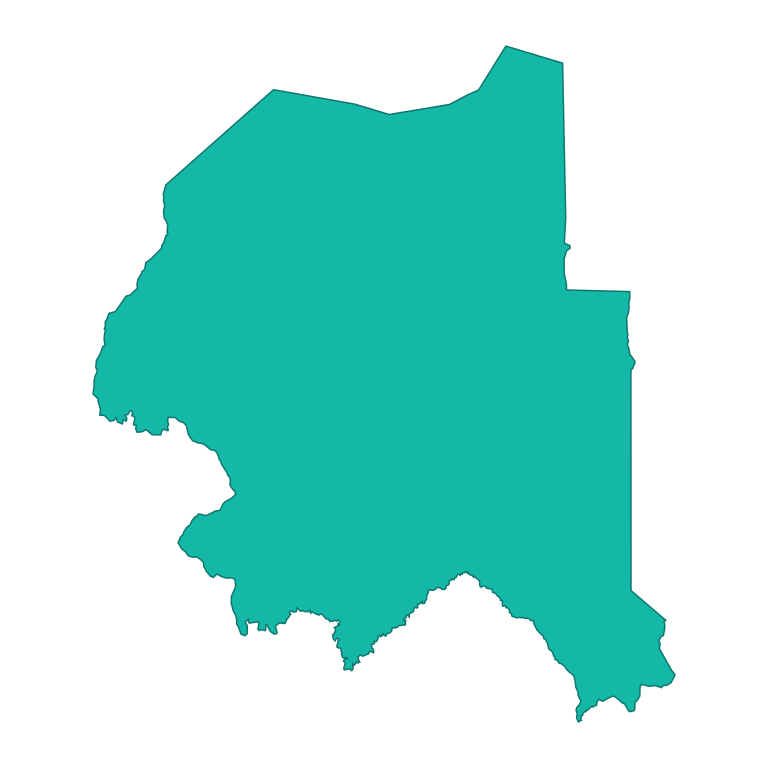 Goudiry, Tambacounda, Senegal
{"feature_id": "50182788B18390590381778", "entity_name": "Goudiry", "entity_type": "district", "adm_level": 2, "iso_a3": "SEN", "parent_name": "Senegal", "parent_adm1": "Tambacounda", "projection": "natural_earth1", "projection_center": [-12.97, 13.973], "detail": "fine", "context": "isolated", "style": "filled", "palette": "teal", "viewbox_px": 768, "rotation_deg": 0, "n_neighbors": 0, "source": "geoboundaries", "source_scale": "gbopen_adm2", "svg_char_len": 6116}
<svg xmlns="http://www.w3.org/2000/svg" viewBox="0 0 768 768"><path d="M505.9,46.1L478.5,90.1L468.6,94.4L449.3,104.5L389.1,114.5L354.9,104.2L273.5,89.7L166.0,184.8L163.3,193.9L163.8,197.2L163.5,201.2L164.7,204.8L163.5,212.2L164.3,218.2L166.7,222.0L167.7,225.2L167.1,232.1L167.9,233.9L166.1,235.5L163.6,242.9L161.9,245.2L161.4,248.4L150.7,259.2L145.8,262.6L144.8,269.1L141.9,271.7L141.4,273.7L137.8,279.6L137.0,284.9L137.5,288.2L130.2,294.9L126.1,296.2L115.5,311.5L108.9,313.4L106.7,319.8L105.2,321.6L105.4,325.6L104.3,329.3L105.6,330.1L104.5,333.9L104.1,339.6L105.1,345.3L104.6,346.0L103.0,346.2L100.1,354.0L96.4,360.5L95.8,367.5L97.4,371.1L95.3,375.8L94.1,380.6L94.1,386.6L93.0,394.0L98.1,398.8L98.0,400.5L100.5,409.9L99.7,415.1L104.5,415.5L110.0,421.2L113.9,420.4L115.9,417.8L117.8,422.1L122.4,423.9L123.2,419.5L126.0,421.1L126.6,420.2L126.8,418.2L125.1,415.3L127.8,414.5L130.2,410.8L131.3,410.7L132.7,412.2L131.8,415.7L133.4,416.2L134.9,417.8L133.5,424.7L136.5,425.6L135.6,428.7L137.1,432.2L141.5,431.9L146.2,429.7L152.1,434.7L160.7,434.9L162.0,430.5L163.6,429.2L167.7,430.7L168.3,430.3L167.4,427.0L168.6,424.3L167.6,421.5L168.2,417.3L175.2,417.5L178.1,420.2L181.0,421.9L183.1,422.2L186.3,425.5L188.2,433.8L189.9,437.1L192.6,440.6L198.4,443.1L200.2,443.0L204.7,444.7L210.7,449.8L214.3,450.3L216.2,451.7L218.3,455.7L219.1,459.2L220.8,461.4L221.4,463.9L227.4,473.6L227.6,475.0L229.9,477.6L230.4,481.6L229.8,484.6L231.5,487.7L235.2,492.0L235.6,494.3L231.8,498.1L224.8,501.9L223.0,504.1L219.9,510.3L215.3,511.1L206.3,515.6L199.6,514.1L197.7,514.4L196.9,516.6L195.2,516.7L191.9,520.7L190.0,525.0L186.5,527.6L183.8,532.0L182.7,535.3L181.7,535.6L180.4,537.3L178.1,542.8L181.8,549.0L185.6,552.0L188.3,555.8L192.2,557.1L197.1,557.0L201.8,560.5L203.6,562.9L203.7,566.1L206.4,571.3L210.0,575.7L212.1,577.1L213.7,577.2L216.9,574.0L222.2,576.9L226.9,578.1L231.9,577.8L235.1,579.5L235.6,586.9L231.5,596.1L231.2,603.1L233.5,611.4L235.7,615.2L236.7,619.5L236.6,624.1L238.4,626.5L240.9,634.0L244.9,635.7L247.1,634.0L247.4,626.1L245.3,621.8L248.3,619.1L248.9,619.0L248.3,621.8L249.4,623.1L258.6,621.7L258.8,624.9L257.9,629.1L259.0,630.5L261.8,629.6L264.5,630.6L265.7,630.2L265.7,624.9L266.9,624.8L270.3,631.5L274.2,634.1L276.7,633.5L277.1,632.7L275.4,626.1L279.5,622.9L285.1,623.5L286.5,619.9L289.9,615.5L290.0,614.5L290.7,614.3L289.4,612.1L289.7,611.0L291.6,611.0L293.3,612.1L296.3,611.6L296.9,608.0L300.7,611.2L302.6,610.6L304.7,611.6L308.4,611.7L310.0,610.2L310.6,613.2L312.4,611.9L317.2,614.7L317.8,614.2L319.4,615.1L320.4,614.2L322.2,614.3L325.8,618.7L328.2,619.2L330.1,621.6L331.9,620.8L332.7,621.4L334.4,620.2L336.9,621.3L338.0,619.8L339.1,620.1L339.7,621.7L338.0,624.2L339.6,624.5L339.2,625.3L334.3,627.5L335.7,629.8L334.0,633.9L332.7,634.8L333.2,638.6L335.0,641.0L336.9,638.2L338.0,638.3L339.0,639.5L339.3,640.0L338.3,640.2L336.8,646.7L337.6,647.6L341.1,648.5L341.1,651.3L342.2,652.7L341.4,653.5L342.4,657.1L343.8,658.0L346.6,657.5L346.4,658.4L347.2,658.9L345.0,659.0L343.7,660.5L343.6,661.3L345.3,663.1L343.6,668.8L344.8,669.9L349.7,668.6L351.1,670.6L351.8,670.5L353.1,668.7L352.6,663.6L354.0,665.3L355.7,663.4L356.3,661.8L357.7,663.0L359.8,662.1L358.3,659.3L358.2,656.9L360.2,654.8L362.6,656.2L363.5,655.9L368.2,654.0L369.0,653.3L368.9,652.0L370.0,651.3L373.5,652.7L373.8,651.4L373.0,648.9L372.1,648.2L371.4,645.0L372.7,643.9L374.3,643.8L374.3,641.2L375.9,641.8L377.4,640.3L378.6,635.9L379.5,635.3L380.5,636.7L382.5,635.4L383.1,633.7L384.4,635.5L385.8,636.0L387.3,633.3L389.9,632.9L391.8,630.9L391.7,629.3L392.6,627.7L395.1,628.1L395.9,627.2L397.1,627.4L398.8,625.6L401.9,625.4L403.2,624.6L404.6,625.3L405.4,624.6L405.6,620.5L403.7,620.5L403.5,619.7L406.1,617.6L406.0,615.2L407.3,615.1L409.3,617.0L409.2,613.9L413.4,611.6L414.1,608.5L415.1,607.3L417.2,608.0L417.8,607.2L417.4,604.9L421.2,603.0L421.8,601.3L422.5,601.6L422.8,603.6L424.7,603.2L425.4,600.6L426.5,599.6L426.9,594.8L428.2,593.1L428.1,591.5L429.2,589.9L430.1,589.4L431.0,590.2L433.5,590.3L436.0,588.8L436.8,587.4L440.3,587.8L441.9,589.4L443.5,588.8L444.2,589.7L446.1,587.9L446.0,585.8L448.6,585.0L449.4,582.7L448.9,581.0L449.4,580.4L450.9,580.4L452.5,578.9L453.8,579.8L454.7,578.2L456.2,577.4L456.8,575.3L458.8,574.2L460.2,575.3L461.0,574.0L462.0,574.4L463.2,572.6L464.5,572.7L465.2,571.8L467.7,573.2L468.4,572.5L468.5,573.8L469.9,574.3L470.5,575.2L471.7,574.6L473.5,577.1L474.5,576.2L474.8,576.2L475.2,577.5L478.3,579.4L479.5,581.1L479.8,585.6L481.1,587.3L483.1,586.1L484.6,586.2L486.2,586.8L486.4,588.2L491.9,589.1L492.7,592.4L495.8,593.4L497.6,596.1L500.0,597.8L500.5,600.4L502.2,600.6L502.6,606.2L504.9,605.5L506.2,607.8L507.4,607.4L509.3,609.7L509.5,612.5L511.0,613.2L512.0,616.2L517.4,618.0L519.1,617.2L520.8,617.8L522.5,617.2L524.2,618.2L528.6,618.4L530.6,620.4L533.4,620.7L534.0,623.9L537.0,630.0L541.5,634.7L543.1,635.4L543.8,638.5L545.8,639.4L546.1,641.2L547.6,643.4L548.7,648.9L552.3,651.8L553.8,656.0L554.9,657.4L555.2,659.7L557.2,660.1L559.2,663.3L561.3,663.6L565.3,666.9L565.6,668.1L568.8,671.7L573.7,675.4L575.2,681.2L575.8,687.2L578.1,692.2L578.0,695.3L581.1,701.4L578.6,705.8L576.8,707.5L576.1,710.5L577.2,713.7L576.6,717.9L578.1,721.4L579.0,721.9L579.4,720.7L581.4,720.5L580.9,719.2L581.3,715.7L582.5,715.5L583.0,713.4L585.3,711.2L585.9,711.6L587.4,709.7L588.9,709.4L590.0,707.6L592.0,706.6L593.3,707.0L593.8,706.1L596.5,705.3L596.8,702.7L598.5,699.4L602.7,701.2L611.7,696.4L614.0,696.1L619.9,700.5L621.5,702.5L624.6,703.9L629.1,711.6L631.5,711.4L634.3,710.5L634.8,709.2L634.8,702.9L637.8,699.6L639.8,696.0L640.0,687.1L641.4,684.3L649.0,686.3L655.1,685.6L661.5,687.6L663.4,685.5L667.2,685.1L671.1,682.6L675.0,674.8L671.4,670.0L659.4,648.6L660.1,644.1L658.9,640.4L661.3,636.3L663.4,635.6L664.7,628.3L664.7,624.3L663.9,621.4L665.8,620.3L631.0,590.5L630.9,370.5L632.8,368.1L634.8,363.2L634.9,361.4L629.7,353.9L629.0,348.9L627.3,344.4L628.6,340.9L627.2,337.7L627.9,334.2L627.3,332.7L626.6,317.5L628.4,312.9L629.1,307.1L628.7,303.6L629.9,297.9L629.7,291.6L566.6,290.0L566.3,283.3L564.1,272.9L564.2,258.6L566.5,250.9L570.0,248.3L570.0,245.7L564.3,243.1L565.7,218.4L562.6,63.2L505.9,46.1Z" fill="#14b8a6" stroke="#0f766e" stroke-width="1.5"/></svg>